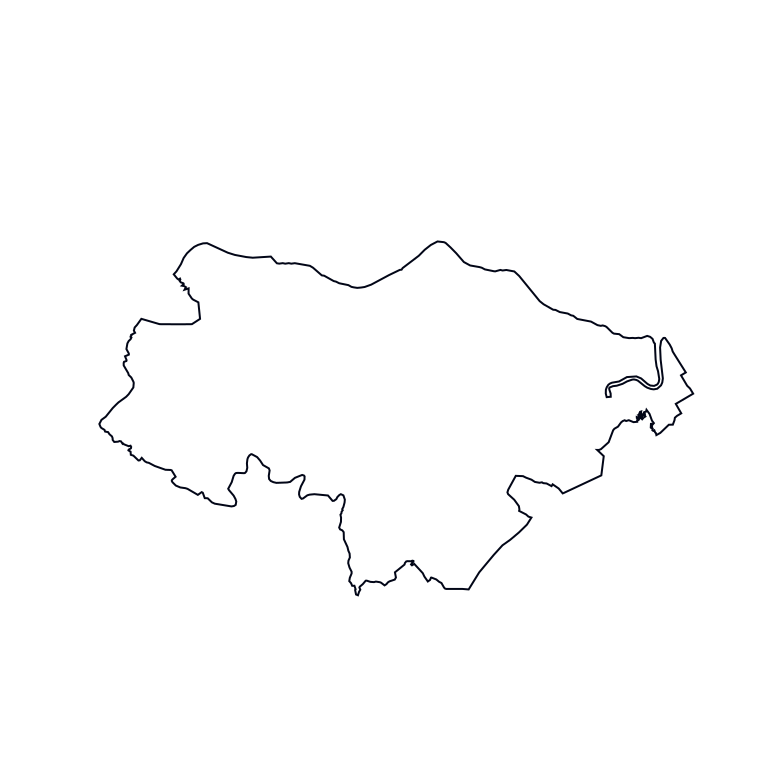 outline of Yangon (East), Yangon, Myanmar, rotated 237°
{"feature_id": "60261553B46723390806239", "entity_name": "Yangon (East)", "entity_type": "district", "adm_level": 2, "iso_a3": "MMR", "parent_name": "Myanmar", "parent_adm1": "Yangon", "projection": "orthographic", "projection_center": [96.224, 16.895], "detail": "fine", "context": "isolated", "style": "outline", "palette": "ink", "viewbox_px": 768, "rotation_deg": 237, "n_neighbors": 0, "source": "geoboundaries", "source_scale": "gbopen_adm2", "svg_char_len": 6166}
<svg xmlns="http://www.w3.org/2000/svg" viewBox="0 0 768 768"><g transform="rotate(237 384 384)"><path d="M590.5,267.4L585.0,268.0L583.5,268.6L583.5,270.3L582.5,270.1L581.7,268.8L580.0,268.9L577.7,270.6L576.9,270.5L576.5,268.1L575.0,269.7L573.1,270.6L571.7,268.1L570.6,272.2L566.2,269.3L560.4,269.4L558.7,269.9L553.6,272.8L538.8,265.2L538.8,255.5L545.0,245.7L556.4,228.4L570.8,216.0L568.0,208.8L567.2,205.7L565.0,203.3L562.5,203.1L562.9,199.0L562.5,199.0L562.0,197.5L561.6,197.1L560.6,197.5L559.6,195.9L559.1,193.3L557.8,190.9L553.6,187.0L548.6,186.6L547.6,186.0L548.3,181.9L544.2,181.1L543.6,180.4L544.2,178.1L543.4,177.1L541.3,175.8L532.4,175.4L530.6,174.8L527.1,175.6L522.4,175.1L521.2,174.7L517.6,171.9L514.5,164.3L513.7,160.8L513.2,151.3L512.6,148.1L511.6,143.5L508.1,132.8L507.8,127.5L505.5,123.5L502.5,122.9L501.1,123.0L497.8,124.6L496.0,124.2L493.9,126.4L491.4,126.4L488.2,127.3L486.4,126.9L484.9,126.0L482.3,126.2L480.5,129.5L480.2,131.1L479.1,132.2L476.3,132.2L476.4,132.7L475.0,133.1L470.9,136.0L470.3,137.8L468.9,137.7L467.9,136.7L468.0,134.1L467.5,133.5L465.3,134.6L462.5,133.1L460.4,134.8L453.6,136.4L453.0,137.6L454.0,140.6L449.5,141.3L447.5,142.3L446.0,143.8L440.1,147.1L431.1,154.0L428.2,158.1L427.3,158.9L419.7,158.7L419.2,154.8L418.8,153.6L418.2,153.2L416.8,153.1L412.2,154.1L408.2,156.8L404.8,160.7L403.1,162.1L392.4,167.5L392.6,172.2L391.5,172.8L385.9,171.5L384.2,173.9L378.5,175.2L375.8,176.9L364.4,189.4L363.4,191.7L363.4,193.8L365.9,196.1L368.5,196.8L372.3,197.1L379.4,196.2L381.0,196.3L384.6,202.8L388.9,207.9L389.9,210.2L389.9,211.5L389.0,213.1L385.4,218.1L385.1,219.1L385.7,221.1L388.2,223.7L392.1,225.8L395.3,228.5L396.4,229.9L397.4,232.2L397.5,234.3L397.1,234.9L391.8,237.8L387.2,238.4L381.9,238.4L375.9,241.5L373.8,241.0L369.7,237.3L366.9,235.9L364.4,236.2L362.0,237.7L359.7,239.9L354.2,249.1L353.0,252.0L353.8,258.2L352.3,265.8L350.9,267.0L349.8,267.1L347.1,265.2L343.4,258.6L339.7,254.1L337.6,252.6L335.2,251.9L332.6,252.3L332.1,253.7L332.4,259.1L331.7,261.4L329.5,265.6L321.0,276.3L314.0,277.2L313.3,278.4L313.4,281.3L314.6,283.4L315.2,286.1L315.1,287.8L312.7,289.3L308.4,288.2L306.1,286.4L303.0,283.0L301.8,280.8L300.6,280.6L300.0,278.9L298.7,277.8L298.1,276.3L295.3,275.2L291.8,272.8L288.0,268.2L286.0,268.0L284.0,269.3L281.7,269.5L275.6,265.8L267.2,264.6L263.6,263.3L260.5,262.8L257.1,260.9L255.2,258.0L253.2,256.4L248.8,255.1L244.2,254.6L242.7,253.6L240.1,249.8L237.6,247.5L234.9,247.9L232.1,247.4L230.9,249.3L227.3,248.4L227.0,247.6L222.7,245.9L221.0,247.1L223.3,249.9L224.4,252.1L226.7,252.5L227.2,253.3L227.7,257.2L229.0,261.5L228.5,262.4L225.5,264.8L223.3,267.7L222.7,269.6L220.0,272.6L219.0,273.3L214.8,274.8L214.8,277.0L215.5,279.2L215.5,281.1L214.1,286.5L215.2,288.6L220.1,290.6L221.4,302.9L222.4,303.9L223.1,306.0L222.7,307.1L220.7,310.0L220.4,311.5L219.6,312.3L218.9,311.9L218.7,310.3L217.9,308.4L216.7,308.7L216.6,311.4L204.2,313.5L200.5,313.0L194.5,313.2L194.6,315.9L196.0,317.9L195.8,318.4L191.6,321.4L188.1,322.5L185.8,323.8L180.6,323.5L179.3,323.7L178.3,324.5L169.3,338.3L165.6,343.1L174.2,361.3L180.9,383.0L184.2,395.5L184.6,405.0L186.0,416.3L188.2,427.3L191.7,434.9L194.1,432.9L197.2,432.1L204.0,428.2L205.1,429.3L208.1,430.6L216.0,430.2L224.0,428.1L225.9,428.5L227.7,430.6L235.2,444.5L231.0,450.4L228.1,452.1L223.4,455.6L219.7,457.2L216.5,460.6L215.5,462.9L214.1,463.6L212.0,466.2L207.1,468.9L208.0,470.8L201.2,473.6L194.9,474.3L194.7,475.4L189.0,516.5L203.8,529.0L212.6,526.9L211.6,528.4L211.2,530.5L212.8,540.7L220.4,551.0L221.0,552.9L220.8,557.0L222.7,562.0L222.9,564.0L222.5,566.1L221.1,566.9L220.3,569.6L216.1,572.5L214.4,575.8L215.6,576.5L215.1,577.8L215.5,578.6L216.9,577.6L217.8,577.5L218.6,578.0L217.4,578.8L217.5,579.3L216.6,579.7L217.2,580.2L218.9,580.3L218.1,581.2L218.2,581.5L218.8,582.1L219.8,581.5L221.2,583.6L220.9,584.7L220.3,584.1L218.9,583.8L217.3,582.1L216.6,582.2L215.9,580.8L213.8,581.3L214.2,582.7L216.4,582.6L216.4,583.3L217.8,584.3L217.5,584.9L216.5,584.7L215.6,585.1L214.4,584.8L214.4,585.6L215.5,585.6L216.7,586.5L218.4,586.4L218.7,586.8L218.1,588.7L219.4,590.1L214.3,590.4L207.3,588.8L204.2,589.0L203.7,587.3L205.0,586.7L205.2,586.2L202.3,584.1L201.9,584.4L202.2,585.5L201.5,585.2L201.2,584.4L200.2,585.0L199.1,583.9L198.0,584.3L197.9,585.5L195.7,585.0L194.7,585.3L192.8,584.6L192.5,589.1L194.7,600.7L192.6,604.1L195.4,607.9L197.3,609.6L197.7,612.4L197.5,617.3L208.4,617.9L207.5,638.0L213.6,638.2L217.4,637.3L229.5,637.8L229.3,643.4L250.4,643.7L254.0,643.8L257.2,644.7L261.4,645.1L269.5,644.8L270.1,644.1L270.4,643.4L269.2,639.9L264.2,635.4L253.6,629.2L236.8,620.9L233.7,618.2L232.0,615.6L231.2,610.6L232.6,607.3L234.5,605.1L237.5,602.8L240.2,601.5L248.4,598.8L249.9,597.9L251.7,596.1L252.5,594.5L253.8,589.3L254.2,584.2L255.8,578.3L257.5,574.8L258.2,571.2L257.7,570.5L256.5,569.9L252.6,568.9L249.8,567.2L251.7,563.6L255.2,564.8L258.4,567.0L260.0,569.1L261.2,571.8L261.3,574.0L260.9,576.0L258.1,582.5L257.5,591.5L252.9,599.8L248.6,602.7L240.6,605.0L237.7,606.5L235.3,609.5L234.8,612.6L235.1,613.9L236.1,615.6L238.3,617.6L245.5,620.8L250.4,622.2L256.7,625.2L270.4,633.2L271.7,632.9L275.6,633.8L278.6,632.9L281.0,630.9L282.4,624.6L284.1,622.7L285.7,619.5L287.2,617.7L289.0,614.5L292.9,610.2L297.7,608.4L301.0,604.3L302.5,603.5L310.7,601.7L312.2,600.9L314.0,599.3L314.7,597.5L317.1,595.1L323.6,591.6L333.3,581.5L338.1,579.9L339.7,578.3L343.0,576.5L348.6,570.6L352.7,568.2L354.2,566.3L363.9,561.3L368.7,559.7L401.0,556.2L407.4,554.6L413.0,548.7L414.6,545.3L416.3,543.7L417.9,538.6L418.7,537.6L425.2,531.0L428.3,529.3L430.1,527.7L436.5,520.8L442.8,517.4L454.3,515.8L462.2,514.2L468.8,512.5L470.3,511.5L474.4,506.5L475.1,499.0L474.4,491.3L472.6,483.0L471.1,462.8L470.3,461.0L471.1,459.4L472.6,447.6L474.3,427.4L475.9,420.6L477.4,417.3L479.2,413.9L481.5,411.3L483.2,409.6L486.3,408.0L492.9,401.3L496.0,399.5L497.7,397.9L507.4,392.8L509.0,391.0L520.2,387.8L523.5,386.2L533.9,375.0L535.4,371.8L537.2,370.0L538.7,366.7L540.5,364.9L542.0,361.7L543.6,359.9L552.5,358.5L561.4,342.7L565.5,337.6L573.5,329.2L579.2,324.5L598.5,312.3L600.5,308.8L601.9,303.9L602.4,299.5L601.8,294.8L600.9,289.9L598.8,284.6L595.1,279.0L591.5,271.3L590.5,267.4Z" fill="none" stroke="#020617" stroke-width="2"/></g></svg>